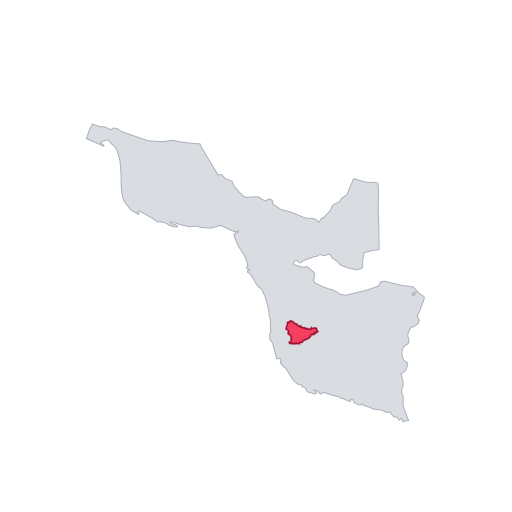 location of Gile, Zambezia, Mozambique, rotated 110°
{"feature_id": "85939544B5310870224650", "entity_name": "Gile", "entity_type": "district", "adm_level": 2, "iso_a3": "MOZ", "parent_name": "Mozambique", "parent_adm1": "Zambezia", "projection": "natural_earth1", "projection_center": [38.293, -15.881], "detail": "fine", "context": "in_parent", "style": "filled", "palette": "rose", "viewbox_px": 512, "rotation_deg": 110, "n_neighbors": 0, "source": "geoboundaries", "source_scale": "gbopen_adm2", "svg_char_len": 8279}
<svg xmlns="http://www.w3.org/2000/svg" viewBox="0 0 512 512"><g transform="rotate(110 256 256)"><path d="M169.8,346.8L172.7,344.3L191.7,320.8L192.9,319.9L191.3,316.0L193.8,311.4L194.0,304.3L194.8,303.2L197.7,300.8L201.7,293.6L204.2,287.9L204.4,285.2L200.8,277.5L199.6,273.4L200.7,269.8L201.0,266.4L200.6,265.3L198.3,263.9L197.9,262.5L197.9,260.7L198.4,259.7L201.1,258.1L201.7,257.3L203.9,248.3L203.0,241.6L202.9,233.8L203.4,225.9L203.2,221.3L201.4,216.1L201.2,212.4L202.4,209.8L202.6,208.2L198.3,207.4L196.1,205.2L188.0,201.8L181.7,201.3L176.4,196.1L172.3,195.2L167.1,191.5L150.5,190.8L149.9,190.3L149.2,178.9L148.5,175.1L146.5,171.0L145.9,168.2L146.0,166.3L155.1,162.2L173.0,156.3L177.0,154.3L207.5,142.6L208.3,143.3L211.4,149.3L216.6,156.1L217.8,155.1L225.1,154.0L226.2,153.2L228.4,152.5L231.0,152.2L231.9,152.6L234.6,156.8L235.6,164.7L235.7,170.0L235.4,173.8L233.2,178.2L231.7,183.7L229.4,186.7L229.4,188.1L232.1,191.5L232.6,192.8L232.5,195.7L232.9,196.9L235.3,198.6L237.0,201.4L243.7,209.4L245.4,210.8L246.7,211.2L247.4,212.7L247.0,214.6L246.0,215.6L246.4,217.1L247.7,218.3L250.7,218.1L251.1,217.6L250.9,210.5L249.8,206.4L248.5,204.5L251.1,196.9L252.4,194.8L257.4,193.9L259.7,193.2L260.6,192.3L261.4,189.9L261.9,183.1L262.1,176.7L261.6,173.0L262.3,167.4L263.4,163.9L262.9,163.2L262.4,158.6L249.9,139.7L242.8,131.3L241.6,130.5L237.7,129.8L235.7,126.7L233.9,109.8L231.3,97.6L235.3,89.6L236.7,84.4L237.5,83.6L241.0,83.3L253.3,83.5L256.4,84.0L257.7,83.5L261.0,80.4L263.6,80.4L267.1,82.4L269.1,84.1L269.4,85.6L271.8,86.5L276.2,86.7L279.5,86.0L281.5,84.2L283.6,83.2L285.8,83.1L287.5,83.7L288.6,85.1L290.8,86.0L294.0,86.6L297.5,85.7L301.4,83.5L303.5,81.1L304.7,77.0L305.4,76.5L310.8,76.1L313.6,76.9L317.3,79.4L323.6,74.9L327.7,73.4L331.5,73.4L334.6,72.3L337.1,70.2L339.7,68.8L345.0,67.2L348.5,65.0L358.4,56.3L359.6,58.8L361.5,61.1L358.9,63.6L361.2,65.2L359.5,67.6L359.3,69.3L360.1,70.9L359.0,73.7L357.5,75.8L357.1,77.4L358.4,80.3L357.8,85.3L359.8,93.8L359.2,96.5L359.6,103.2L358.8,105.6L360.1,106.4L360.8,109.1L360.2,113.7L358.0,115.6L357.8,117.5L360.5,117.6L360.5,123.4L360.1,125.1L360.8,127.0L360.0,129.2L360.9,138.5L361.0,145.2L361.1,146.3L363.5,147.5L363.4,149.3L361.9,151.7L362.0,155.3L363.7,152.5L364.7,152.5L365.6,153.6L365.6,157.7L366.1,159.7L365.9,161.5L363.1,164.8L363.0,168.1L361.9,168.6L361.4,169.4L362.1,171.2L362.1,172.9L360.2,178.1L350.8,190.4L350.6,192.5L348.2,196.4L345.6,197.0L344.2,198.0L345.3,201.5L332.8,210.2L331.6,211.4L329.6,214.5L325.4,216.2L321.0,216.4L320.2,217.1L310.1,221.1L308.1,223.0L303.8,224.8L297.1,229.1L291.5,233.2L285.2,239.4L284.4,242.7L281.5,247.0L277.0,252.2L274.4,256.4L274.2,258.3L272.7,258.9L271.3,257.1L270.8,260.5L269.7,260.8L268.5,260.1L262.9,263.7L258.8,267.9L252.9,275.9L244.4,283.7L242.4,283.9L239.7,281.2L238.2,281.0L240.4,283.9L240.3,290.5L239.3,298.1L239.5,299.8L245.2,307.9L248.0,317.4L248.3,322.3L251.2,328.5L252.5,337.9L252.3,346.7L253.6,348.1L254.1,346.8L254.3,341.3L255.1,339.8L255.9,340.1L256.6,343.1L256.9,346.2L255.9,353.1L256.2,355.8L257.6,360.5L256.0,365.9L253.6,380.9L254.1,381.8L255.4,382.2L255.9,380.5L256.7,380.6L257.1,381.5L256.0,387.4L255.0,390.0L251.3,396.3L249.3,399.0L246.0,401.7L238.2,405.8L222.5,411.9L212.6,416.6L204.9,422.2L201.5,425.9L200.1,430.2L197.5,434.7L199.8,438.5L202.8,441.2L204.1,436.7L204.9,436.7L203.7,455.4L192.9,455.7L189.8,455.0L188.1,455.1L187.8,447.3L186.4,441.5L186.9,437.3L186.7,435.1L184.4,433.6L183.8,429.1L185.1,425.6L184.7,397.0L180.7,383.2L175.4,373.2L175.1,368.2L172.6,357.1L169.8,346.8ZM238.1,96.5L239.3,95.8L239.6,94.4L238.7,93.7L238.0,93.9L237.6,96.1L238.1,96.5ZM237.2,94.0L236.1,92.9L235.3,93.2L235.1,94.1L235.9,95.2L236.8,95.3L237.2,94.0Z" fill="#d9dde1" stroke="#a8b0b8" stroke-width="1"/><path d="M305.2,198.2L305.4,198.6L305.3,199.1L305.1,199.4L304.9,199.9L304.9,200.1L305.1,200.2L305.1,200.5L305.2,201.1L305.4,201.3L305.3,201.5L305.5,201.6L305.6,201.4L305.9,201.5L306.0,201.6L306.2,201.8L306.2,202.1L306.3,202.1L306.4,201.9L306.5,202.0L306.8,202.3L307.0,202.4L306.8,202.6L307.0,202.9L307.1,203.1L307.3,203.1L307.5,203.3L307.6,203.6L307.9,203.7L308.0,203.4L308.4,203.4L308.7,203.4L308.8,203.6L308.7,203.7L308.8,203.6L308.8,203.4L309.4,203.3L309.9,202.9L310.6,203.0L311.3,203.1L312.4,203.1L312.7,203.1L312.9,203.0L313.3,202.8L313.9,202.8L314.3,202.7L314.1,202.5L314.1,202.2L314.2,201.9L314.3,201.8L314.5,201.6L314.6,201.1L314.8,200.7L314.9,200.3L315.0,200.1L315.6,199.9L315.9,199.7L316.2,199.7L316.3,199.6L316.4,199.3L316.5,199.2L317.0,199.2L317.2,199.4L317.3,199.3L317.6,199.3L317.6,199.2L318.0,199.3L318.1,199.1L318.1,198.7L318.3,198.6L318.4,198.2L318.4,197.5L318.5,197.0L318.8,196.8L319.1,196.7L319.2,196.2L319.4,196.0L319.5,195.9L319.5,195.7L319.7,195.3L319.9,195.3L320.2,195.0L320.5,194.8L320.8,194.4L321.3,194.6L321.7,194.9L321.9,194.8L322.2,194.7L322.4,194.7L323.0,194.2L323.7,194.0L324.6,193.8L325.3,194.4L325.3,194.5L325.3,195.0L325.5,195.2L325.7,194.8L325.7,194.7L325.9,194.8L326.0,195.0L326.3,194.9L326.1,194.6L326.1,194.4L326.4,194.0L326.6,193.9L326.5,193.7L326.4,193.7L326.3,193.2L326.2,193.0L326.2,192.9L326.0,192.7L326.2,192.2L326.1,191.9L325.8,191.7L325.7,191.7L325.7,191.4L325.7,191.1L325.2,190.9L325.2,190.6L325.1,190.4L325.3,190.2L325.2,190.1L325.3,189.9L325.2,189.8L325.3,189.6L325.1,189.4L325.0,189.2L324.8,189.1L324.7,189.1L324.7,188.7L324.8,188.3L324.7,188.2L324.2,188.1L324.2,187.5L324.1,187.3L324.2,187.1L323.9,186.8L323.8,186.5L323.9,186.0L323.7,185.9L323.5,185.7L323.4,185.4L323.4,185.2L323.1,185.4L322.9,185.4L322.7,185.4L322.5,185.2L322.4,184.9L322.2,184.8L322.1,184.7L321.9,184.5L321.7,184.5L321.6,184.2L321.6,183.9L321.6,183.7L321.5,183.4L321.4,183.4L321.3,183.1L321.0,183.0L320.9,183.1L320.6,183.2L320.3,183.2L320.0,183.1L320.0,182.9L319.7,183.0L319.4,182.8L319.2,182.6L318.9,182.4L318.6,182.1L318.4,181.7L318.2,181.5L318.2,181.2L318.0,180.9L317.5,180.4L317.3,180.4L317.0,180.5L316.9,180.4L316.9,180.2L316.5,180.1L316.3,179.9L316.3,179.5L316.2,179.4L316.2,179.2L316.0,178.9L315.9,178.9L315.7,179.0L315.4,178.9L315.2,178.6L315.0,178.3L314.8,178.2L314.8,177.9L314.7,177.8L314.3,177.9L313.9,177.8L313.8,177.7L313.7,177.5L313.4,177.6L313.0,177.7L312.6,177.5L312.5,177.3L312.4,177.2L312.1,177.5L311.8,177.6L311.7,177.6L311.4,177.4L311.1,177.3L310.8,177.0L310.8,176.8L310.6,176.6L310.7,176.3L310.5,176.1L310.4,176.2L310.0,175.9L309.9,175.9L309.9,175.4L310.0,175.2L310.1,174.9L309.8,174.9L309.6,175.0L309.3,174.8L309.2,174.8L309.2,174.7L309.3,174.6L309.1,174.4L308.9,174.5L308.7,174.6L308.4,174.5L308.2,174.4L308.2,174.2L308.0,174.4L307.8,174.4L307.6,174.2L307.4,174.0L307.3,173.9L307.1,173.5L307.2,173.4L307.2,173.1L307.2,172.9L306.9,172.9L306.6,172.7L306.3,172.4L306.3,172.5L306.0,172.3L305.8,172.3L305.7,172.5L305.4,172.8L305.4,173.0L305.4,173.3L305.2,173.4L304.7,173.4L304.6,173.6L304.1,173.8L303.8,174.0L303.7,174.3L303.4,174.6L303.2,174.9L303.1,175.1L303.2,175.4L303.5,175.7L303.5,176.0L303.8,176.3L303.8,176.5L303.8,176.8L304.1,177.3L304.3,177.5L304.4,177.8L304.6,177.9L304.8,178.1L304.9,178.4L304.9,178.5L304.9,178.9L304.9,179.1L304.8,179.4L304.7,179.5L305.0,179.5L305.3,179.5L305.6,179.4L305.7,179.6L305.9,179.6L306.2,179.5L306.2,179.8L306.3,179.9L306.2,180.1L306.2,180.3L306.3,180.5L306.6,180.7L306.6,181.1L306.6,181.3L307.0,181.6L307.0,182.4L307.0,182.5L306.8,182.7L306.7,182.9L306.6,183.0L306.8,183.2L306.8,183.4L306.8,183.7L306.9,183.8L307.0,183.8L307.0,184.1L307.2,184.3L307.3,184.2L307.4,184.3L307.5,184.6L307.3,185.1L307.2,185.1L307.2,184.8L306.9,184.9L306.9,185.0L306.9,185.4L306.9,185.7L306.8,186.0L307.4,186.3L307.3,186.5L307.2,186.9L307.2,187.1L307.3,187.2L307.3,187.3L307.6,187.3L307.6,187.5L307.8,187.5L307.7,187.5L307.5,187.8L307.4,187.8L307.3,188.0L307.2,188.2L307.3,188.4L307.2,188.7L307.3,188.9L307.4,189.0L307.4,189.3L307.2,189.5L307.3,189.6L307.3,190.1L307.2,190.1L307.1,190.3L307.1,190.2L307.0,190.3L306.9,190.3L307.0,190.4L306.9,190.6L307.1,190.6L306.8,190.9L306.9,191.1L307.0,191.2L307.1,191.7L307.4,191.9L307.5,192.0L307.5,192.3L307.4,192.4L307.3,192.6L307.2,192.7L307.2,192.9L307.0,193.3L306.8,193.4L306.6,193.4L306.5,193.5L306.4,193.5L306.2,193.8L306.2,194.0L306.3,194.0L306.2,194.1L306.2,194.3L306.2,194.5L306.0,194.8L305.9,195.0L306.0,195.2L306.0,195.7L306.2,195.9L306.1,196.0L306.1,196.3L306.2,196.6L306.1,197.0L306.0,197.6L305.7,197.9L305.2,198.2Z" fill="#f43f5e" stroke="#9f1239" stroke-width="1.5"/></g></svg>